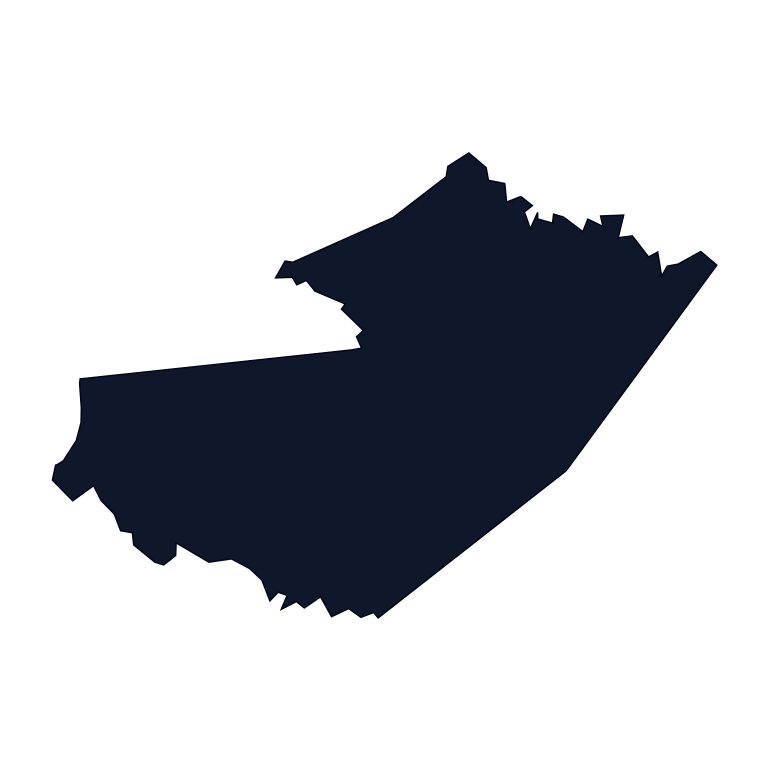 Refugio, Texas, United States of America (Albers equal-area conic projection), rotated 183°
{"feature_id": "52423323B18578133959698", "entity_name": "Refugio", "entity_type": "district", "adm_level": 2, "iso_a3": "USA", "parent_name": "United States of America", "parent_adm1": "Texas", "projection": "albers", "projection_center": [-97.12, 28.308], "detail": "fine", "context": "isolated", "style": "filled", "palette": "ink", "viewbox_px": 768, "rotation_deg": 183, "n_neighbors": 0, "source": "geoboundaries", "source_scale": "gbopen_adm2", "svg_char_len": 1152}
<svg xmlns="http://www.w3.org/2000/svg" viewBox="0 0 768 768"><g transform="rotate(183 384 384)"><path d="M687.7,373.2L688.0,368.6L685.0,344.4L684.5,329.8L688.3,311.4L700.2,290.5L706.6,286.1L707.7,285.8L710.1,270.7L688.8,251.1L668.7,267.3L660.3,252.7L646.5,240.0L639.3,223.7L627.5,222.3L625.5,210.2L603.6,194.1L594.6,191.8L583.1,201.8L583.3,214.5L549.5,196.9L527.2,201.4L508.4,192.6L495.7,181.8L486.6,161.5L478.9,170.5L469.6,167.9L474.8,153.6L460.1,162.2L451.9,156.2L436.2,168.2L424.2,148.9L407.5,157.9L394.8,149.8L382.4,155.3L377.6,150.1L197.5,307.0L57.9,520.1L74.6,532.9L96.6,519.1L107.3,516.5L112.4,506.2L117.6,530.1L126.4,524.7L143.8,544.9L157.8,542.3L153.5,565.2L176.5,563.1L173.6,552.8L189.1,559.3L193.4,546.5L213.5,560.1L223.5,562.5L224.1,553.4L239.2,556.9L239.5,563.4L246.0,546.8L252.8,563.2L245.2,569.9L257.2,578.4L271.1,572.1L273.9,590.5L290.4,592.9L293.3,605.4L311.4,619.1L331.6,604.7L332.7,594.3L383.5,550.7L481.5,500.8L489.2,501.6L497.8,484.3L481.1,485.8L476.3,478.5L466.9,483.4L457.9,473.2L426.9,461.9L430.4,456.5L407.3,436.3L413.9,429.8L408.2,418.6L418.9,416.2L687.7,373.2Z" fill="#0f172a" stroke="#020617" stroke-width="1.5"/></g></svg>